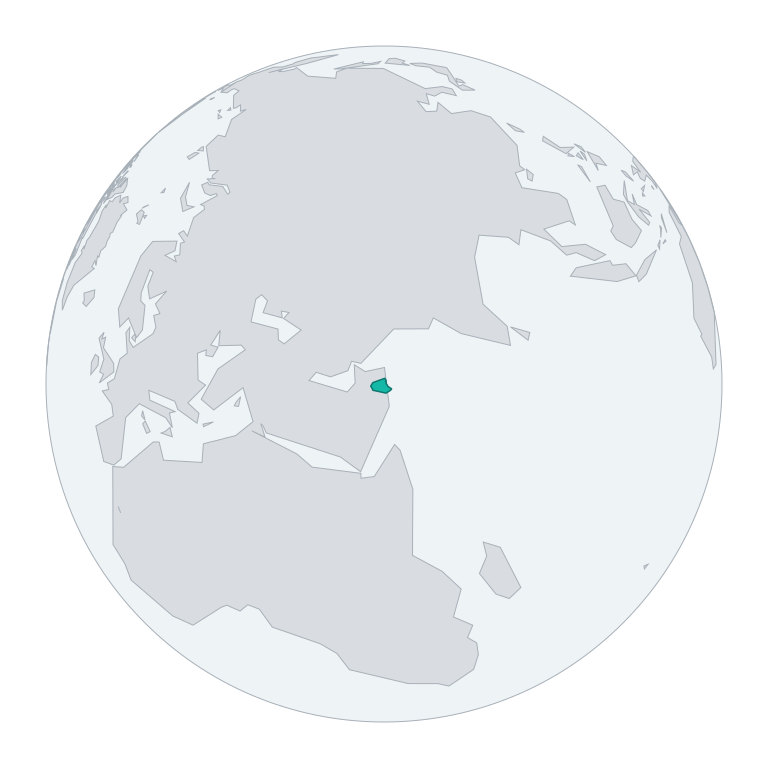 the Earth from above Al Wusta, rotated 313°
{"feature_id": "OMN-2405", "entity_name": "Al Wusta", "entity_type": "Region", "adm_level": 1, "iso_a3": "OMN", "parent_name": "Oman", "parent_adm1": "", "projection": "orthographic", "projection_center": [57.537, 20.48], "detail": "fine", "context": "on_globe", "style": "filled", "palette": "teal", "viewbox_px": 768, "rotation_deg": 313, "n_neighbors": 0, "source": "natural_earth", "source_scale": "10m", "svg_char_len": 10848}
<svg xmlns="http://www.w3.org/2000/svg" viewBox="0 0 768 768"><g transform="rotate(313 384 384)"><circle cx="384" cy="384" r="338" fill="#eef3f6" stroke="#a8b0b8"/><path d="M474.0,58.3L473.2,58.1L482.5,60.8L483.5,61.5L470.5,57.5L471.0,58.5L444.6,52.8L413.8,47.4L444.2,51.5L474.0,58.3ZM412.8,47.3L395.2,46.3L378.4,46.1L412.8,47.3ZM335.8,49.5L332.2,50.1L326.6,51.0L335.8,49.5ZM326.2,51.1L326.9,51.1L333.6,50.2L336.1,50.1L333.4,50.8L325.1,51.8L325.3,51.6L321.4,52.3L318.5,52.7L318.4,52.9L308.7,54.7L314.1,54.3L303.0,56.8L297.6,57.7L303.7,55.9L304.1,55.7L326.2,51.1ZM273.9,64.5L266.7,67.2L253.6,72.4L244.5,76.2L238.5,79.0L242.4,77.8L220.7,88.4L198.4,102.3L193.4,105.4L192.5,105.6L218.4,89.5L245.5,75.7L273.9,64.5ZM496.4,65.4L497.1,65.9L493.6,64.4L496.4,65.4ZM300.2,56.6L301.3,56.4L283.2,61.5L285.0,60.9L300.2,56.6ZM495.8,65.7L497.7,67.9L504.6,70.3L486.3,65.8L490.7,64.8L485.3,62.3L491.7,64.5L495.8,65.7ZM336.9,49.6L329.6,50.6L338.2,49.3L336.9,49.6ZM369.8,46.4L373.7,46.3L364.2,46.7L378.3,46.3L371.7,47.1L362.5,47.5L357.8,47.5L358.9,47.9L341.7,48.9L357.7,47.1L369.8,46.4ZM476.0,63.4L474.1,63.5L473.0,62.5L476.0,63.4ZM337.8,50.0L341.5,49.3L349.9,48.7L343.9,50.1L343.1,49.8L337.8,50.0ZM385.2,46.2L390.4,46.4L386.4,47.0L387.9,47.3L372.4,47.1L385.2,46.2ZM339.9,50.3L340.7,50.9L334.3,52.0L334.7,50.7L339.9,50.3ZM354.6,48.2L358.3,48.1L354.3,48.5L354.6,48.2ZM312.0,57.4L316.3,55.9L321.0,55.4L312.0,57.4ZM341.4,51.2L343.6,50.8L346.0,50.6L345.2,51.3L341.4,51.2ZM370.7,47.8L368.0,48.2L376.9,47.9L374.3,48.8L364.4,48.7L367.6,49.1L366.8,49.5L359.6,49.2L370.7,47.8ZM351.4,51.7L337.9,52.8L328.9,55.3L324.5,55.7L339.8,51.7L351.4,51.7ZM356.8,50.1L352.5,51.1L349.1,50.7L350.1,49.9L356.8,50.1ZM376.1,49.6L382.6,48.2L384.6,48.3L376.1,49.6ZM349.5,52.4L352.8,52.2L349.2,52.6L349.5,52.4ZM368.7,50.4L370.7,49.7L372.9,49.8L368.7,50.4ZM357.6,52.5L353.3,52.7L353.8,52.0L357.6,52.5ZM363.2,51.6L365.7,51.9L356.6,51.6L363.8,51.2L363.2,51.6ZM370.4,50.6L372.3,50.5L369.2,50.9L370.4,50.6ZM358.3,55.6L346.7,55.4L347.8,53.6L358.9,53.9L358.3,55.6ZM70.3,387.8L68.1,332.8L75.8,317.2L81.8,295.3L138.7,241.9L145.5,250.4L184.3,254.8L188.2,259.1L177.9,274.7L202.5,304.4L217.1,292.7L245.1,310.7L267.2,313.9L285.2,283.4L248.9,277.2L248.2,260.7L281.8,252.3L314.4,259.2L315.1,253.1L299.3,237.0L311.6,227.6L294.3,230.7L297.8,237.5L287.1,240.1L283.3,234.2L287.8,230.8L279.3,226.6L260.1,245.3L261.5,254.3L236.4,253.4L236.4,268.7L227.8,274.0L224.8,250.4L228.7,242.9L219.0,216.3L212.5,223.8L221.3,250.0L216.4,246.9L207.7,259.0L210.5,247.4L202.7,218.5L183.2,218.0L150.0,242.8L140.4,241.7L136.2,231.9L156.7,201.9L175.9,207.9L183.4,198.8L186.8,182.7L192.3,186.4L196.0,181.1L204.0,183.2L222.3,173.8L231.4,175.2L245.5,160.3L252.1,159.4L241.9,168.1L239.7,175.6L263.3,180.8L269.9,178.5L277.1,168.8L282.7,172.1L286.7,162.2L303.7,161.7L286.4,154.5L294.4,144.6L308.3,139.0L307.9,134.8L285.2,144.2L278.9,149.4L278.5,155.6L258.7,170.5L249.2,171.4L258.1,152.1L245.5,151.9L257.9,138.4L311.7,118.9L330.5,117.6L347.3,135.1L338.9,140.2L328.7,136.1L331.8,148.6L334.6,143.4L339.2,146.6L348.1,139.2L351.8,141.3L354.0,131.2L359.5,132.9L358.0,139.3L375.9,131.3L389.2,133.6L391.5,131.0L390.1,127.5L408.0,133.6L408.9,131.5L403.4,128.5L401.5,122.6L405.2,114.9L411.2,117.4L410.6,120.5L418.5,131.4L416.2,140.2L419.1,140.6L422.5,133.7L412.8,120.1L413.4,114.9L419.2,120.6L417.1,118.1L419.3,116.3L427.0,117.2L421.1,110.9L436.5,91.9L453.0,93.0L456.5,99.3L473.5,92.1L490.8,96.0L485.6,92.9L490.3,88.8L485.0,87.4L482.9,85.8L492.6,77.2L499.5,78.0L497.8,73.0L495.2,71.7L490.0,70.7L486.3,65.8L504.6,70.3L509.6,72.8L517.6,74.8L528.0,80.7L540.3,87.2L547.1,93.9L556.2,99.3L558.3,99.6L572.3,108.0L593.8,126.0L567.2,109.8L533.0,87.2L546.2,95.7L540.5,93.7L543.5,96.9L553.0,103.6L555.8,104.3L557.1,118.2L574.6,140.2L580.0,136.5L589.7,141.5L614.3,168.3L628.1,212.6L641.3,223.8L646.3,232.7L644.2,240.2L636.8,227.3L629.1,224.7L625.2,216.9L619.4,226.3L613.6,215.5L611.9,229.0L619.5,236.5L626.8,231.4L627.8,248.9L643.2,261.2L651.9,279.7L649.2,318.6L636.1,334.4L636.7,340.8L627.9,336.0L621.6,351.0L642.3,381.6L643.6,391.8L630.8,415.5L629.6,408.1L606.3,395.3L605.8,420.3L623.6,436.1L629.8,457.9L617.8,453.9L611.1,434.9L602.8,429.7L602.3,408.4L590.2,378.9L577.9,387.7L576.2,375.0L557.7,352.0L538.5,363.8L509.9,402.1L510.2,434.7L498.5,450.2L473.5,406.0L466.0,375.0L454.7,378.9L430.9,353.6L383.3,353.0L378.5,344.8L369.1,348.5L352.7,340.0L346.3,326.4L335.4,326.8L353.1,362.6L365.0,362.3L377.8,349.1L380.3,361.8L396.4,373.1L371.3,403.1L303.9,426.7L300.9,402.0L267.9,331.2L270.9,324.0L270.9,323.1L270.7,321.5L264.1,333.1L259.6,319.3L273.4,368.0L274.2,388.2L302.9,428.0L299.4,431.5L309.7,440.0L347.0,433.0L346.5,441.0L326.7,476.9L278.1,521.7L286.6,554.2L286.7,580.2L261.0,593.7L268.1,613.4L255.5,618.0L257.9,628.4L250.5,637.5L236.5,644.2L207.4,637.5L201.8,628.0L181.4,606.0L151.5,553.6L154.8,533.3L150.6,514.8L130.0,468.1L134.3,446.4L129.7,434.9L119.8,433.6L115.0,419.8L109.4,417.2L77.4,408.8L70.3,387.8ZM113.1,273.1L110.2,279.3L113.1,273.1ZM345.2,283.6L367.0,286.6L363.4,265.9L371.5,265.7L367.3,259.2L363.0,264.5L353.7,246.9L365.4,242.1L365.9,233.6L358.6,232.4L338.7,244.4L351.9,269.0L344.3,276.6L345.2,283.6ZM185.4,110.6L191.5,106.6L185.3,110.7L175.5,118.4L166.9,125.2L173.0,120.2L171.3,121.4L173.3,119.8L185.4,110.6ZM208.8,152.7L209.1,157.0L202.5,162.2L191.0,163.1L200.3,155.3L208.8,152.7ZM211.1,162.2L223.2,144.3L230.9,144.0L224.5,147.0L228.4,148.5L219.2,154.1L214.7,172.2L208.6,178.2L190.6,175.0L199.8,172.3L198.9,167.8L211.1,162.2ZM240.5,108.0L245.9,102.6L255.6,108.3L249.5,112.9L237.6,113.3L237.8,108.3L240.5,108.0ZM288.8,60.9L290.2,60.1L292.5,59.6L293.2,59.8L288.8,60.9ZM313.6,56.7L285.1,64.3L285.2,63.6L268.3,70.1L262.2,71.0L273.3,66.5L255.9,72.7L263.6,69.1L251.7,73.8L277.2,63.8L283.4,61.5L278.9,63.5L284.3,62.5L288.5,61.5L305.1,57.1L321.0,52.8L329.0,52.0L330.4,52.7L327.8,53.5L323.4,53.6L323.0,54.8L314.7,55.6L313.6,56.7ZM342.1,73.0L338.1,70.5L336.0,77.3L327.7,76.4L328.0,77.3L319.7,78.6L310.2,82.0L307.2,81.1L304.8,82.9L299.3,84.2L294.9,86.5L288.1,86.0L282.2,89.0L282.3,87.2L274.1,92.6L277.2,88.5L270.3,90.4L270.9,93.3L244.8,89.8L231.4,93.0L218.6,98.4L225.7,91.8L242.2,83.1L262.1,75.4L274.0,73.9L275.0,71.7L281.0,70.5L277.7,72.7L286.4,68.8L290.4,68.5L308.1,64.5L318.2,60.0L324.9,58.8L323.0,60.5L331.0,58.3L332.0,60.9L336.8,60.3L342.6,62.8L336.1,67.2L342.0,66.3L346.6,68.8L342.1,73.0ZM359.5,56.3L353.7,60.6L346.2,62.6L339.3,57.6L334.8,57.7L330.1,55.6L341.0,53.0L341.3,53.8L344.2,54.0L339.6,54.7L345.4,54.3L346.1,55.5L350.7,55.7L347.6,56.9L359.5,56.3ZM196.1,254.4L199.8,256.2L206.3,257.1L201.0,265.2L196.1,254.4ZM190.3,234.7L194.1,234.6L189.7,245.5L186.0,244.0L190.3,234.7ZM199.9,225.7L194.7,233.7L195.3,228.5L199.9,225.7ZM245.8,167.9L250.4,167.7L249.4,170.1L245.2,173.1L245.8,167.9ZM334.0,96.3L332.9,93.7L335.2,93.1L339.5,87.0L346.0,87.7L346.0,91.6L334.0,96.3ZM276.9,287.8L268.4,292.9L265.9,289.4L269.4,288.3L276.9,287.8ZM231.2,279.0L239.9,285.1L229.7,281.2L231.2,279.0ZM341.8,96.0L342.9,93.4L345.5,95.4L341.8,96.0ZM351.0,88.0L354.7,89.9L347.3,87.1L351.0,88.0ZM428.1,698.2L432.2,700.0L426.4,700.6L428.1,698.2ZM343.9,580.4L328.5,622.9L312.5,621.9L306.7,609.1L310.5,583.0L328.2,576.5L336.1,564.4L343.9,580.4ZM676.7,492.3L681.2,491.2L680.8,492.8L676.7,492.3ZM672.1,489.8L677.8,487.5L670.7,493.5L672.1,489.8ZM679.9,486.6L685.6,481.0L688.1,477.4L687.3,480.6L679.9,486.6ZM668.0,491.8L643.2,500.9L632.7,500.6L635.8,494.4L652.9,490.0L668.0,491.8ZM634.9,494.5L617.9,484.6L590.0,446.8L600.1,445.3L628.3,465.1L626.7,470.2L637.0,479.0L634.9,494.5ZM673.6,453.0L671.8,467.6L658.7,471.7L652.4,471.8L648.1,455.4L650.6,445.5L656.0,443.8L673.3,405.2L680.1,410.1L675.5,425.6L680.8,435.5L673.6,453.0ZM512.0,437.5L521.1,455.5L514.3,459.5L512.0,437.5ZM677.7,380.3L672.5,397.1L676.4,376.1L677.7,380.3ZM678.5,361.5L680.2,368.2L676.3,362.9L678.5,361.5ZM639.0,350.3L633.4,353.9L632.1,349.1L638.3,341.8L639.0,350.3ZM658.5,295.7L663.1,309.8L663.7,315.0L658.9,307.4L658.5,295.7ZM398.9,104.2L385.5,111.2L380.2,118.1L384.0,124.2L372.9,119.2L381.1,108.5L398.9,104.2ZM431.2,92.9L427.8,88.5L433.0,89.1L434.5,90.2L431.2,92.9ZM426.5,91.1L415.4,88.4L415.9,85.2L424.6,87.9L426.5,91.1ZM378.3,90.6L373.9,92.4L371.9,90.6L378.3,90.6ZM661.0,577.5L660.7,577.5L624.7,613.5L619.7,614.5L627.2,605.3L635.0,583.0L637.2,582.5L643.5,565.8L668.3,540.6L688.0,504.5L694.6,500.9L704.0,475.5L708.6,471.2L703.2,489.7L703.3,494.7L714.8,452.8L713.7,458.0L707.0,483.4L698.3,508.2L687.7,532.3L675.2,555.4L661.0,577.5ZM687.6,487.7L694.8,473.5L697.7,470.6L687.6,487.7ZM718.4,432.4L716.2,445.3L713.3,450.5L715.2,442.4L715.7,433.4L710.2,436.3L709.2,431.2L711.9,424.5L707.1,423.8L712.5,416.0L713.9,427.3L716.5,414.1L719.4,411.8L720.7,411.4L720.6,413.7L718.4,432.4ZM710.8,445.2L711.6,444.3L710.4,449.1L710.8,445.2ZM700.0,442.7L699.5,446.6L697.8,444.9L700.0,442.7ZM702.3,438.9L706.9,439.2L701.7,442.4L702.3,438.9ZM684.1,437.0L686.1,444.7L692.2,435.9L687.5,446.4L690.8,458.5L689.0,464.6L685.9,451.3L683.4,468.1L680.6,469.2L679.9,456.3L683.2,438.1L685.9,429.8L696.6,421.0L684.1,437.0ZM702.6,428.3L701.2,419.1L702.1,411.6L703.7,415.9L702.6,428.3ZM695.5,397.6L690.0,388.4L686.3,395.1L692.5,374.2L697.0,386.4L695.5,397.6ZM688.8,374.0L685.5,380.1L688.1,368.5L688.8,374.0ZM683.9,376.8L682.1,368.9L685.4,368.3L683.9,376.8ZM690.8,373.3L689.2,359.1L692.0,366.4L690.8,373.3ZM677.1,351.5L686.6,361.2L676.6,360.1L670.0,334.1L673.8,331.6L677.1,351.5ZM659.3,237.9L654.9,231.4L656.6,228.1L659.1,233.5L659.3,237.9ZM658.1,214.1L655.6,225.3L652.9,235.5L656.6,237.4L661.1,250.2L652.4,241.0L650.1,225.3L653.1,219.8L648.0,209.8L646.8,201.3L638.4,190.1L636.1,184.3L644.7,193.0L658.1,214.1ZM634.6,185.6L619.5,166.0L625.3,165.8L629.9,170.0L634.4,178.9L631.1,178.4L634.6,185.6ZM617.6,161.5L614.2,161.2L584.9,137.4L580.2,132.6L605.5,149.1L603.7,149.8L609.9,156.1L617.6,161.5ZM477.6,64.7L474.4,63.6L477.6,64.2L477.6,64.7ZM479.8,85.2L477.5,83.1L481.4,83.3L479.8,85.2ZM473.2,77.6L470.4,78.7L470.8,76.4L473.2,77.6ZM464.8,81.9L468.2,78.7L468.5,83.4L464.8,81.9Z" fill="#d9dde1" stroke="#a8b0b8" stroke-width="1"/><path d="M371.9,380.3L372.0,380.1L372.3,379.1L372.6,378.2L372.9,377.5L373.1,376.8L373.2,376.3L373.3,376.0L373.4,375.8L373.5,375.7L377.4,374.9L386.4,379.5L388.1,380.4L388.7,380.7L388.0,383.2L387.9,383.2L387.7,383.2L387.5,383.3L387.4,383.4L387.1,383.4L387.1,383.5L386.9,383.8L387.0,383.9L387.0,384.0L386.9,384.0L386.7,384.1L386.4,384.3L386.3,384.5L386.4,384.9L386.3,385.0L386.0,385.1L385.9,385.1L385.8,385.3L385.7,385.4L385.7,385.5L385.6,385.8L385.7,386.0L385.6,386.4L385.5,386.7L385.5,386.8L385.5,387.0L385.4,387.3L385.3,387.6L385.2,387.8L384.9,388.3L384.9,388.6L385.0,388.7L385.0,388.8L385.0,389.1L384.9,389.4L384.9,389.5L385.0,389.6L385.2,390.0L385.3,390.1L385.3,390.3L385.3,390.5L385.2,390.9L385.2,391.0L385.3,391.4L385.4,391.5L385.5,391.7L385.5,391.8L385.5,392.0L385.7,392.5L385.6,392.8L385.2,392.9L385.1,393.0L383.8,393.0L383.5,393.0L378.7,391.7L372.0,380.4L371.9,380.3Z" fill="#14b8a6" stroke="#0f766e" stroke-width="1.5"/></g></svg>